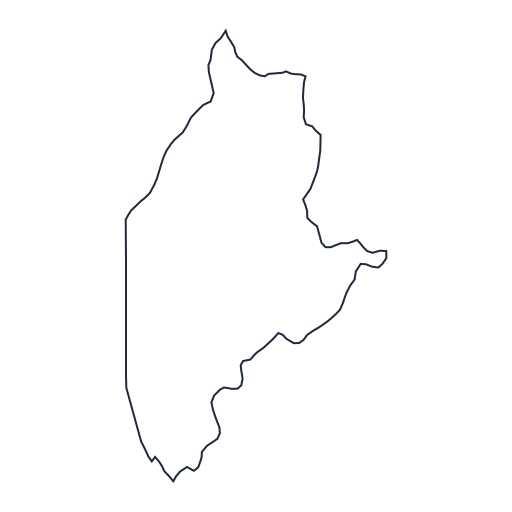 the district of Central do Maranhão, Maranhão, Brazil
{"feature_id": "56859067B32217682416213", "entity_name": "Central do Maranhão", "entity_type": "district", "adm_level": 2, "iso_a3": "BRA", "parent_name": "Brazil", "parent_adm1": "Maranhão", "projection": "equal_earth", "projection_center": [-44.838, -2.255], "detail": "fine", "context": "isolated", "style": "outline", "palette": "slate", "viewbox_px": 512, "rotation_deg": 0, "n_neighbors": 0, "source": "geoboundaries", "source_scale": "gbopen_adm2", "svg_char_len": 1993}
<svg xmlns="http://www.w3.org/2000/svg" viewBox="0 0 512 512"><path d="M354.6,279.5L355.8,271.5L360.7,263.9L365.8,264.2L371.8,266.6L378.4,267.5L382.4,263.9L386.3,258.2L386.3,251.1L380.0,250.7L372.5,252.8L367.2,251.1L363.1,247.0L360.1,243.2L357.0,239.9L353.2,241.5L347.9,243.2L340.7,243.2L330.7,247.2L325.6,247.2L321.5,242.8L319.7,236.0L317.1,226.4L311.2,221.8L307.3,217.9L307.1,210.9L305.5,205.5L303.1,199.4L310.4,189.0L316.6,172.8L318.0,167.1L320.3,150.2L320.6,134.9L315.3,130.2L312.3,126.4L305.9,124.2L303.7,117.3L304.1,110.3L303.7,104.2L303.0,98.3L303.3,90.8L304.0,82.3L305.5,76.3L300.6,74.4L295.5,74.2L291.3,73.7L286.0,71.4L282.4,72.8L268.5,73.9L264.7,76.3L260.2,75.5L254.8,73.0L250.7,69.7L246.5,65.3L242.1,60.4L237.3,56.7L235.3,52.2L234.3,47.3L230.6,41.1L227.6,36.5L225.7,30.7L221.1,37.8L215.4,43.2L211.8,49.8L210.6,59.7L208.4,65.1L208.9,72.3L211.4,83.1L213.7,93.0L210.6,101.6L206.8,103.2L202.8,105.3L194.7,113.5L190.9,117.7L186.8,125.9L182.7,132.5L178.1,136.5L174.3,140.0L170.8,144.2L166.4,150.8L163.6,157.1L161.1,164.6L158.9,172.1L156.9,178.6L154.3,184.7L150.0,192.8L144.8,198.0L140.7,201.3L131.2,210.4L128.3,214.9L125.7,219.6L126.0,260.6L126.0,268.5L126.0,284.4L126.0,360.8L126.0,374.6L126.3,387.7L141.1,441.4L144.4,447.9L148.4,456.5L151.8,461.4L155.1,456.9L159.3,461.9L161.9,466.0L164.5,471.4L169.1,476.2L173.3,481.3L176.2,476.1L180.1,471.5L187.0,467.0L193.9,470.8L198.2,467.3L200.1,462.1L201.6,457.2L201.9,451.8L207.1,445.7L214.1,441.1L217.4,438.7L219.9,433.2L219.4,427.5L216.4,419.7L214.6,414.8L212.8,409.0L211.4,402.3L214.2,395.4L220.3,389.4L224.1,387.5L228.1,388.1L232.0,388.9L237.7,388.6L241.3,385.3L242.6,378.7L241.3,370.8L240.7,365.2L243.1,361.0L250.3,359.6L254.1,355.2L257.1,352.3L263.5,347.8L272.8,339.2L278.3,333.1L282.6,334.7L286.4,338.8L293.8,343.2L299.2,343.0L303.5,339.9L307.1,335.0L313.8,330.3L319.1,327.3L327.5,321.4L332.1,317.5L335.9,314.0L339.9,309.9L343.0,302.7L345.1,296.4L346.9,291.9L350.4,285.3L354.6,279.5Z" fill="none" stroke="#1e293b" stroke-width="2"/></svg>